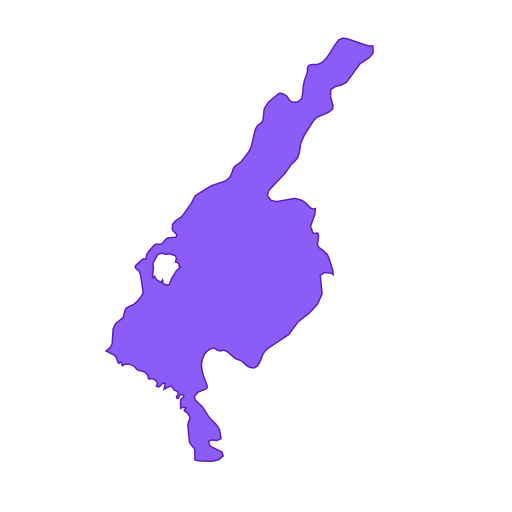 the border of Tashkent, rotated 344°
{"feature_id": "UZB-372", "entity_name": "Tashkent", "entity_type": "Region", "adm_level": 1, "iso_a3": "UZB", "parent_name": "Uzbekistan", "parent_adm1": "", "projection": "orthographic", "projection_center": [69.658, 41.236], "detail": "fine", "context": "isolated", "style": "filled", "palette": "violet", "viewbox_px": 512, "rotation_deg": 344, "n_neighbors": 0, "source": "natural_earth", "source_scale": "10m", "svg_char_len": 4877}
<svg xmlns="http://www.w3.org/2000/svg" viewBox="0 0 512 512"><g transform="rotate(344 256 256)"><path d="M425.9,86.3L426.3,86.4L424.5,93.0L419.7,96.5L409.1,99.8L390.9,113.9L385.6,115.2L379.1,115.0L373.8,116.5L371.6,123.0L371.4,133.1L370.0,136.0L365.5,137.8L352.5,139.5L348.5,141.9L335.7,153.2L330.1,160.0L326.3,168.3L323.3,172.9L319.4,175.6L315.1,177.7L307.4,184.0L286.2,196.6L283.5,201.2L285.9,206.8L290.8,209.4L309.3,211.3L314.3,214.3L316.5,216.3L318.5,218.8L321.7,224.8L323.7,226.7L326.1,226.7L324.6,230.9L323.4,233.1L317.1,241.8L316.7,242.8L316.5,244.1L316.9,246.1L316.9,248.8L317.4,249.7L317.8,250.3L321.5,250.8L322.0,252.2L321.4,254.7L321.0,255.8L318.5,261.1L318.3,262.2L318.3,263.4L318.6,264.5L319.5,265.9L322.2,269.5L324.9,274.0L325.5,277.9L325.9,290.9L325.0,294.9L325.0,295.0L323.4,293.2L317.4,290.8L312.5,292.2L309.0,310.7L301.7,319.4L292.1,325.2L278.4,330.8L265.9,340.5L241.4,348.3L238.5,349.8L235.9,352.0L230.3,359.1L227.1,362.0L223.6,363.1L219.5,361.5L217.8,360.0L216.4,358.2L214.0,354.0L212.5,352.2L209.2,350.0L207.6,348.6L202.4,340.5L199.4,337.7L195.2,337.3L193.1,336.0L191.5,334.2L189.7,332.8L187.3,332.5L183.0,333.9L180.9,335.1L179.0,336.6L175.6,341.0L173.5,345.6L172.6,350.8L172.5,357.3L173.3,366.6L172.8,369.0L170.9,370.1L162.8,370.8L158.0,374.0L157.9,377.7L163.2,386.8L166.0,396.7L167.3,399.8L170.8,406.1L172.2,409.4L173.1,413.3L172.0,421.9L167.7,422.6L162.6,420.6L159.1,421.1L159.6,426.2L169.3,435.1L169.3,439.2L164.2,441.5L157.6,441.3L145.6,437.6L141.0,435.2L141.7,432.9L143.7,425.9L143.4,423.4L142.6,421.9L140.7,417.0L143.6,401.0L143.9,399.8L144.7,398.0L145.5,396.7L147.4,394.2L148.0,392.7L147.8,391.2L147.3,389.6L147.0,388.2L146.2,387.1L144.8,385.7L144.5,384.3L147.1,382.9L145.8,382.0L144.5,381.5L143.1,381.4L141.6,381.6L143.2,375.3L144.4,372.9L147.8,371.4L147.8,370.2L146.9,368.9L145.7,368.3L144.4,369.1L143.0,370.5L141.7,371.5L140.7,370.8L140.7,369.5L142.9,367.4L143.4,365.9L142.8,364.3L140.4,362.2L138.8,357.8L136.4,357.6L130.8,358.7L132.9,355.1L133.4,353.3L132.2,352.6L130.2,353.2L128.3,354.5L126.4,355.1L124.4,353.8L126.1,351.5L125.9,349.2L124.4,347.0L122.6,345.3L121.7,345.0L120.7,345.1L119.8,345.1L118.9,344.2L118.8,343.4L119.1,341.4L119.0,340.6L117.6,337.8L116.9,336.8L115.5,335.7L111.9,333.8L111.0,333.1L110.1,331.8L108.6,328.8L107.4,327.2L105.4,325.7L102.5,324.4L99.6,323.9L97.4,324.7L97.0,321.7L96.7,320.5L96.1,320.5L94.9,321.4L94.2,320.9L93.9,319.6L93.8,315.5L93.3,313.7L92.3,312.2L85.7,305.9L86.9,305.4L91.0,303.6L92.3,302.0L93.7,300.4L96.2,293.4L98.7,286.4L100.5,284.4L102.4,282.3L106.9,280.4L111.5,278.4L113.1,275.6L114.8,272.8L115.7,271.6L116.5,270.5L117.9,270.1L119.3,269.6L122.1,269.3L124.9,268.9L127.3,267.8L129.7,266.6L132.0,265.1L134.2,263.5L135.4,262.4L136.5,261.3L137.1,260.3L137.6,259.3L138.7,251.0L139.8,242.6L139.7,241.2L139.7,239.8L139.5,238.7L139.3,237.7L139.1,237.4L139.0,237.1L138.6,236.8L138.3,236.6L137.7,235.8L137.1,235.0L137.0,234.3L136.8,233.6L137.1,233.0L137.4,232.4L137.9,231.9L138.5,231.5L141.5,230.0L144.6,228.5L145.8,228.1L147.1,227.7L148.3,228.2L149.5,228.7L150.2,226.9L150.9,225.1L152.5,223.5L154.1,221.9L157.7,219.7L161.3,217.4L162.3,217.2L163.4,217.0L165.3,217.7L167.3,218.4L168.2,218.3L169.2,218.1L171.7,216.5L174.3,214.9L175.3,214.6L176.3,214.4L180.2,215.1L184.1,215.8L184.8,215.4L185.6,214.9L185.5,214.0L185.5,213.1L184.4,211.1L183.3,209.1L183.1,208.1L182.8,207.2L183.7,204.9L184.5,202.6L186.3,201.4L188.0,200.1L191.8,198.9L195.5,197.7L202.2,192.5L208.8,187.2L210.7,185.0L212.6,182.8L213.7,181.9L214.8,181.1L223.6,178.6L232.5,176.1L239.8,175.8L247.0,175.5L249.8,174.4L252.5,173.2L254.5,170.8L256.5,168.5L257.3,167.1L258.2,165.8L259.2,164.9L260.2,164.1L263.9,162.7L267.5,161.4L273.0,157.3L278.4,153.3L280.0,151.3L281.7,149.4L286.0,141.7L290.4,133.9L291.3,133.0L292.3,132.0L293.4,131.3L294.5,130.7L295.7,130.2L296.9,129.8L297.9,129.2L299.0,128.7L299.8,127.7L300.6,126.8L301.1,125.3L301.6,123.7L303.1,120.1L304.7,116.5L307.5,114.1L310.3,111.6L316.6,108.8L322.9,106.0L323.9,106.2L324.8,106.4L326.0,107.2L327.2,108.0L328.3,109.2L329.3,110.4L329.8,111.5L330.3,112.7L330.8,114.3L331.3,115.9L332.3,117.0L333.3,118.0L334.7,118.5L336.0,119.0L337.6,119.2L339.1,119.4L341.1,118.4L343.2,117.4L344.5,114.8L345.9,112.2L347.1,109.0L348.2,105.8L349.7,102.9L351.2,100.1L353.0,97.9L354.8,95.6L355.4,94.5L356.1,93.3L356.6,91.6L357.1,90.0L358.0,88.7L359.0,87.5L360.5,87.4L362.1,87.3L365.1,88.1L368.1,88.9L370.6,88.5L373.0,88.1L375.4,86.8L377.9,85.5L382.2,81.9L386.5,78.2L389.3,75.5L395.0,71.1L399.1,70.5L403.3,72.1L421.7,84.9L425.9,86.3ZM164.5,259.7L168.7,254.4L175.4,248.3L180.4,245.8L179.1,244.4L180.0,242.8L178.7,240.7L176.9,239.6L178.9,236.1L178.4,233.3L173.6,230.1L169.5,229.5L166.5,227.4L162.0,227.4L155.0,234.4L153.9,239.9L150.4,248.4L150.8,248.8L153.0,247.5L153.3,249.7L154.2,251.6L157.5,255.4L159.6,253.2L159.7,253.9L158.9,255.6L160.6,258.6L164.5,259.7Z" fill="#8b5cf6" stroke="#5b21b6" stroke-width="1.5"/></g></svg>